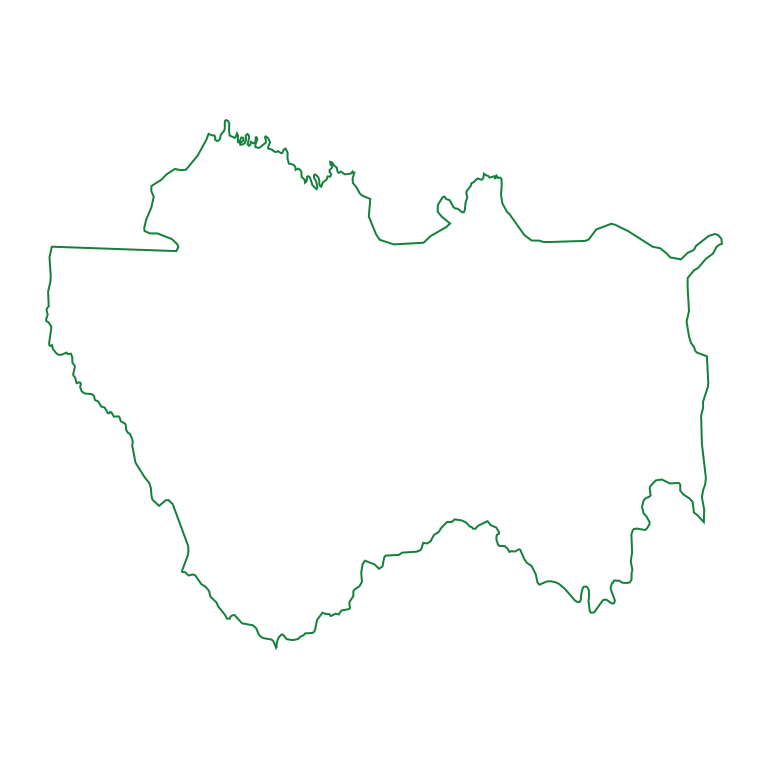 the district of Punia, Maniema, Democratic Republic of the Congo, rotated 180°
{"feature_id": "63176286B1925057871065", "entity_name": "Punia", "entity_type": "district", "adm_level": 2, "iso_a3": "COD", "parent_name": "Democratic Republic of the Congo", "parent_adm1": "Maniema", "projection": "equal_earth", "projection_center": [26.813, -1.707], "detail": "fine", "context": "isolated", "style": "outline", "palette": "green", "viewbox_px": 768, "rotation_deg": 180, "n_neighbors": 0, "source": "geoboundaries", "source_scale": "gbopen_adm2", "svg_char_len": 6117}
<svg xmlns="http://www.w3.org/2000/svg" viewBox="0 0 768 768"><g transform="rotate(180 384 384)"><path d="M413.7,595.3L415.0,595.2L415.4,596.4L417.3,594.4L422.3,593.7L423.6,593.8L426.9,596.4L429.3,595.1L430.3,596.1L431.4,600.6L433.7,602.2L435.9,605.6L437.8,606.2L437.6,603.3L436.5,603.2L435.9,601.5L436.7,599.5L438.4,597.9L438.5,596.4L436.8,593.7L437.8,591.3L440.3,591.6L441.4,588.4L445.1,585.6L446.8,581.3L447.8,581.8L448.7,584.0L448.7,587.6L449.6,590.6L452.4,593.4L453.4,593.3L454.0,592.3L454.0,590.2L451.7,586.3L450.6,580.7L451.5,578.9L455.5,582.7L458.0,590.3L458.9,591.4L459.8,591.8L460.9,591.1L461.4,586.7L463.0,585.3L463.5,588.5L466.4,591.1L466.7,596.5L467.7,597.9L469.6,599.4L472.4,598.2L472.7,601.2L474.5,603.3L479.1,604.4L480.5,609.5L480.4,615.5L482.5,619.4L484.2,618.5L485.6,615.2L486.9,614.8L490.0,616.9L491.5,616.0L493.7,616.3L496.1,618.5L499.7,619.4L500.0,620.7L497.9,625.7L500.0,630.0L502.4,631.6L503.0,630.8L502.0,627.2L502.2,625.4L508.1,620.5L509.7,620.1L512.6,621.0L512.6,623.4L510.6,628.9L511.5,630.8L512.3,630.6L512.5,626.6L513.2,625.1L514.7,624.7L517.1,626.1L517.8,623.0L519.0,622.2L520.4,623.7L518.8,631.0L519.4,633.0L520.6,634.0L522.1,632.7L522.1,627.9L523.0,625.1L525.7,623.4L527.7,623.2L528.0,624.9L524.5,627.5L524.8,630.2L526.7,630.5L528.7,625.9L529.7,625.6L530.2,626.6L530.0,632.5L531.1,634.5L532.1,631.4L533.2,630.1L538.4,632.5L539.0,637.7L538.7,644.2L539.8,646.9L541.9,647.9L542.8,647.3L543.2,645.5L543.2,639.7L543.8,637.3L546.9,633.7L548.3,628.8L549.7,627.3L551.1,627.0L552.8,628.2L552.7,630.3L553.5,632.5L556.2,632.7L559.4,634.2L561.7,628.2L570.2,612.6L582.0,598.3L587.5,597.8L593.0,599.1L601.3,593.8L606.6,588.3L616.5,582.0L616.8,577.4L614.3,571.1L616.7,560.4L621.8,548.3L623.8,540.2L623.4,536.9L617.9,534.6L610.5,534.6L596.1,528.9L590.8,523.9L589.6,521.0L591.7,516.9L716.2,521.3L718.5,510.6L717.3,492.5L717.5,486.8L719.9,476.3L719.3,461.7L721.2,459.4L721.4,457.4L720.3,453.5L721.9,448.4L721.7,446.9L719.5,445.7L717.0,442.0L716.7,440.1L718.9,424.7L718.6,422.6L717.4,422.0L716.0,422.9L715.1,419.1L711.8,414.8L709.5,413.2L706.7,413.2L701.5,415.4L700.3,413.9L697.1,414.3L695.7,410.7L695.6,405.3L693.3,402.3L693.2,400.9L694.8,393.8L694.6,392.6L693.0,390.6L691.4,384.9L688.2,385.7L687.1,384.2L687.9,381.1L686.3,376.6L683.5,374.6L675.7,373.7L674.0,372.0L673.1,368.1L669.8,366.5L666.8,361.5L663.3,360.4L660.1,354.7L658.7,354.8L657.8,356.1L656.5,355.5L654.1,351.3L649.6,351.7L648.3,350.3L647.2,346.7L642.9,344.3L642.2,342.8L641.9,338.2L639.8,334.9L638.3,334.5L635.9,329.2L635.2,326.4L635.8,322.4L632.5,305.4L623.4,290.8L618.6,284.8L617.2,280.2L616.4,271.6L615.5,268.3L608.9,262.1L602.3,267.7L599.5,267.9L595.3,263.9L579.9,222.2L579.5,216.9L580.4,212.1L586.1,196.9L585.5,195.9L583.0,195.9L579.4,192.5L575.2,193.5L572.8,192.7L566.8,184.0L562.3,181.1L559.0,177.1L557.5,171.3L551.4,165.4L550.0,161.8L542.7,152.7L541.2,149.4L538.3,149.3L537.5,151.4L535.6,152.7L533.4,152.9L526.0,144.7L515.1,142.7L511.7,139.6L509.6,134.3L507.8,131.8L504.8,129.9L496.3,128.4L494.5,126.6L491.9,120.1L491.3,121.1L491.5,123.3L490.6,127.2L489.1,130.8L486.4,133.5L485.1,133.4L481.3,128.8L475.2,127.9L470.2,128.9L467.9,131.1L464.4,132.8L462.9,134.6L455.6,135.0L453.9,136.2L452.9,138.2L451.0,148.0L445.5,155.3L442.0,154.0L438.6,153.8L437.3,151.9L432.3,154.3L429.3,153.5L426.6,157.5L419.0,158.9L417.9,160.3L418.7,164.0L418.3,166.4L414.7,171.8L414.6,176.9L413.5,178.5L408.5,181.8L406.0,186.4L406.8,195.1L405.4,203.9L403.0,207.3L393.3,203.5L388.9,199.2L385.5,201.6L383.8,210.5L382.4,212.4L369.3,213.1L365.6,215.4L351.4,216.3L347.9,217.7L346.7,218.9L344.8,225.2L340.9,224.5L337.6,226.5L334.0,233.1L329.2,236.1L326.9,239.9L321.1,245.9L316.2,246.1L313.4,248.6L306.5,247.6L301.9,245.5L298.1,241.4L296.3,241.0L295.0,239.3L292.8,239.2L289.6,242.4L280.5,246.8L277.3,242.8L271.8,240.5L268.8,235.4L269.0,234.2L271.1,233.2L271.6,230.5L271.5,227.9L269.9,223.3L268.6,222.1L263.3,221.9L260.6,219.5L258.6,216.1L257.1,216.8L252.9,216.5L249.2,218.7L247.9,218.3L243.7,209.0L241.4,205.4L236.5,202.1L232.2,193.7L230.6,185.7L228.7,183.3L221.0,186.6L216.8,186.7L211.8,185.5L208.6,183.8L202.9,178.9L192.8,167.2L190.2,165.9L188.4,166.0L187.2,168.2L186.8,173.6L185.3,179.8L184.2,181.3L181.3,181.3L179.2,178.3L178.9,172.1L179.5,167.1L178.2,156.6L177.0,155.3L175.0,155.4L173.4,156.1L165.3,167.6L163.6,168.4L161.5,168.2L156.1,164.5L154.0,164.8L153.1,167.4L157.5,179.6L156.1,184.8L155.0,185.3L154.0,187.5L148.9,187.3L145.7,185.3L140.9,185.0L138.3,185.6L136.5,188.2L136.4,194.4L135.6,198.6L137.3,206.3L135.9,215.8L136.6,233.4L135.3,237.7L133.8,239.1L130.6,239.4L122.9,238.0L120.7,240.0L118.4,244.1L118.4,245.8L121.6,251.7L124.3,254.4L126.0,261.1L124.3,267.7L122.1,270.0L118.8,271.2L117.4,272.6L118.3,279.4L117.8,281.7L112.2,287.6L106.2,288.5L98.0,284.5L89.4,285.1L88.4,284.3L87.7,282.9L87.8,277.3L84.7,273.6L78.2,269.3L75.3,265.9L74.1,255.5L70.4,252.6L64.2,245.9L63.8,258.2L66.1,270.8L65.0,277.5L62.8,283.7L62.1,290.1L66.1,324.1L66.9,352.4L64.9,360.0L65.0,366.1L60.2,380.9L59.7,384.9L61.1,411.7L71.2,415.5L72.7,417.1L74.1,421.2L77.0,425.1L79.0,431.6L81.4,446.3L79.0,457.0L80.4,480.6L80.3,490.0L73.8,497.9L70.1,499.8L62.1,509.2L55.0,514.4L51.4,521.2L48.6,523.3L46.1,524.1L46.6,529.2L49.8,532.9L52.9,534.0L59.1,532.2L72.1,522.0L73.6,518.8L74.7,517.8L80.6,515.0L87.0,508.6L97.8,510.6L101.3,514.5L107.9,519.8L115.3,521.2L139.7,536.8L153.0,543.3L156.8,544.2L171.7,538.6L179.3,528.5L182.8,527.1L218.3,526.0L224.7,526.1L229.0,527.4L236.2,527.4L243.6,532.9L258.7,554.1L260.9,556.0L265.6,564.5L267.0,573.4L266.3,582.3L266.5,589.1L267.9,590.4L269.7,590.0L271.5,592.3L272.4,589.8L273.2,589.7L273.6,591.8L278.5,590.4L280.0,592.3L281.9,592.6L284.1,594.3L284.8,589.6L286.2,588.2L290.6,589.5L294.4,585.8L296.5,584.8L297.0,582.5L301.5,576.5L301.7,574.9L300.7,570.4L302.4,565.5L303.1,558.5L304.0,556.0L305.7,555.6L310.2,559.2L313.0,559.7L314.4,560.7L318.4,567.9L321.8,568.9L323.4,571.4L325.5,570.7L330.1,563.0L330.3,556.2L326.1,551.2L317.9,544.5L321.8,540.9L337.3,532.0L344.4,525.3L374.2,523.6L388.2,528.2L391.9,533.6L399.2,551.5L397.7,569.1L405.3,572.1L408.0,574.3L412.2,581.6L415.1,584.9L415.4,589.6L413.7,595.3Z" fill="none" stroke="#15803d" stroke-width="2"/></g></svg>